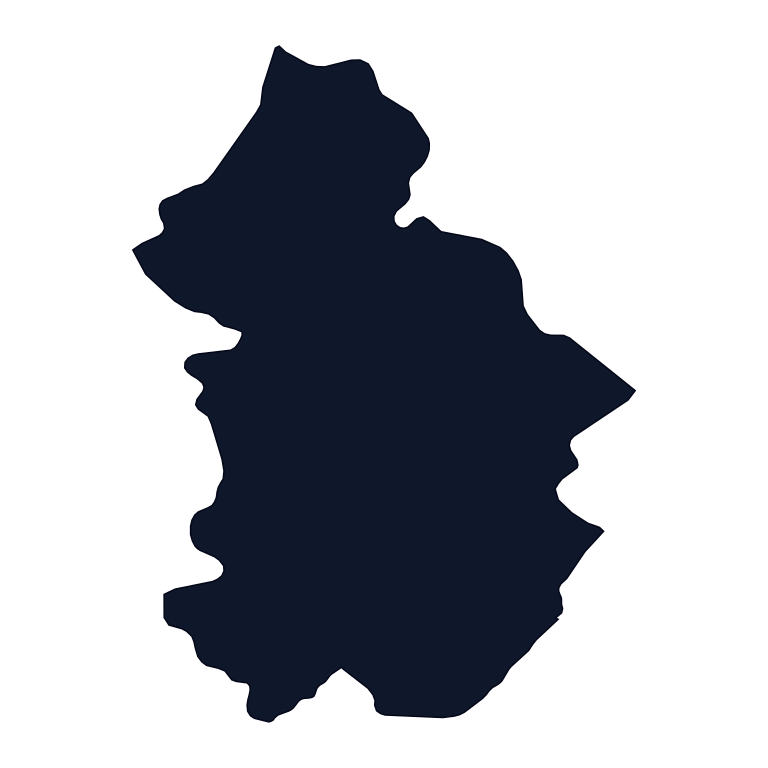 the border of Jura
{"feature_id": "FRA-5312", "entity_name": "Jura", "entity_type": "Metropolitan department", "adm_level": 1, "iso_a3": "FRA", "parent_name": "France", "parent_adm1": "", "projection": "robinson", "projection_center": [5.636, 46.776], "detail": "fine", "context": "isolated", "style": "filled", "palette": "ink", "viewbox_px": 768, "rotation_deg": 0, "n_neighbors": 0, "source": "natural_earth", "source_scale": "10m", "svg_char_len": 2915}
<svg xmlns="http://www.w3.org/2000/svg" viewBox="0 0 768 768"><path d="M599.5,527.4L603.6,531.3L585.0,551.5L566.7,578.5L560.8,584.0L558.7,588.0L558.7,591.4L559.9,594.5L561.1,597.2L561.5,599.2L561.5,604.2L562.6,608.6L561.6,612.9L555.6,617.9L558.1,619.3L536.3,639.7L532.5,644.5L528.7,650.4L510.8,666.8L508.6,669.6L501.9,680.9L499.9,682.9L497.1,684.9L492.5,687.5L489.0,690.9L486.2,694.7L482.7,698.3L464.4,712.2L459.7,714.6L454.3,716.1L442.7,717.5L385.1,715.0L380.5,713.5L376.6,710.8L374.7,705.3L375.1,700.6L373.0,694.8L367.9,688.2L343.0,668.9L341.5,667.3L331.5,674.1L329.8,675.7L325.5,681.4L323.7,682.8L319.6,685.2L317.9,686.9L316.6,688.9L315.0,693.9L313.9,696.2L311.9,697.4L309.4,697.9L303.8,698.4L301.4,699.1L299.4,700.4L297.8,702.1L293.4,707.9L291.4,709.5L289.0,710.9L278.1,714.9L274.6,717.9L273.3,719.9L271.3,721.1L268.8,721.9L254.4,718.3L250.5,715.8L247.7,711.3L247.1,705.0L248.0,699.4L249.3,694.6L250.2,689.9L249.8,686.0L247.3,682.9L236.1,681.4L231.8,679.8L224.9,670.9L218.2,668.2L206.6,665.4L201.9,661.9L197.9,656.6L195.3,647.9L194.0,641.7L191.9,636.3L186.5,631.2L181.9,628.7L169.0,625.1L164.2,617.6L164.1,594.4L175.2,589.1L212.8,581.5L217.7,579.2L221.8,575.8L224.0,571.0L223.7,565.8L219.2,560.1L214.5,556.7L200.2,550.4L197.5,548.6L195.0,546.0L192.4,540.9L190.6,534.6L190.6,526.1L192.0,520.1L194.7,515.2L198.3,511.9L207.6,508.0L212.0,505.6L214.7,501.8L216.4,497.5L217.1,492.0L218.3,487.4L220.5,483.2L223.2,479.0L224.0,470.9L222.0,459.0L211.5,424.0L208.2,416.2L198.4,409.1L195.7,404.8L197.0,399.4L203.0,391.3L204.1,387.3L202.5,383.1L197.1,378.5L191.8,375.4L187.5,371.9L184.7,367.9L185.1,362.2L188.1,358.2L192.8,355.3L198.7,353.9L230.8,350.2L235.3,347.4L238.4,343.3L240.6,339.2L242.2,335.3L242.0,331.7L234.6,328.8L223.6,325.9L219.2,322.9L214.4,317.7L208.7,313.9L201.2,312.2L194.7,311.5L185.8,307.9L174.7,301.0L145.7,274.1L132.8,250.0L133.0,249.8L142.1,243.5L159.1,235.8L162.4,232.9L164.6,228.8L163.8,223.1L161.4,219.1L159.9,214.4L159.2,209.0L160.1,204.6L162.6,200.9L167.2,198.4L178.2,194.3L184.8,190.0L193.7,186.5L202.4,184.2L207.8,180.0L213.8,173.0L256.6,112.3L260.8,104.8L262.9,87.2L275.4,48.0L279.2,46.1L285.4,52.0L308.3,64.6L316.4,66.6L324.8,66.9L351.2,60.2L360.1,60.0L368.2,63.9L372.9,71.3L378.9,89.8L382.0,94.8L411.6,113.2L428.2,138.5L429.3,143.5L429.1,150.0L427.3,156.1L424.5,161.7L421.0,166.5L413.0,173.3L409.7,177.3L408.3,183.1L410.0,194.8L408.6,199.3L405.1,203.7L396.3,211.1L393.8,216.1L394.0,221.2L396.3,225.2L399.9,227.7L404.0,228.3L407.9,227.1L416.8,218.8L423.4,216.9L429.5,220.8L441.0,231.7L481.7,239.5L500.0,247.5L506.5,253.1L512.9,261.3L518.1,270.8L521.2,279.8L523.1,306.0L527.3,314.7L539.5,330.4L544.7,333.9L550.9,335.3L563.6,335.4L569.6,338.0L635.2,390.6L628.0,400.0L573.6,436.4L570.5,440.0L569.2,445.3L570.6,450.5L576.8,459.8L577.9,464.9L577.1,467.7L562.0,478.9L558.3,483.5L555.1,488.9L558.3,499.9L571.7,512.8L587.9,523.3L599.5,527.4Z" fill="#0f172a" stroke="#020617" stroke-width="1.5"/></svg>